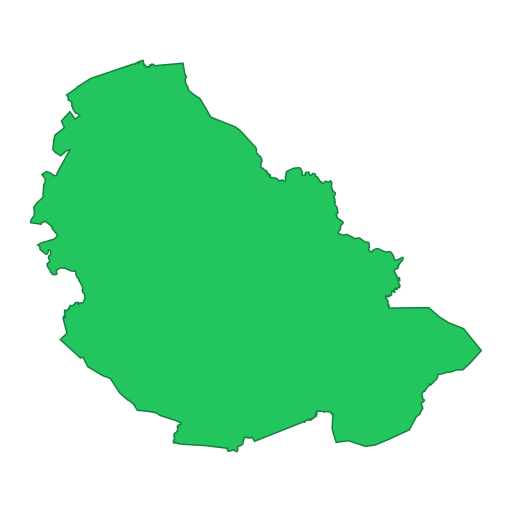 the district of Zosēnu pag., Jaunpiebalgas, Latvia
{"feature_id": "27541924B99380513765752", "entity_name": "Zosēnu pag.", "entity_type": "district", "adm_level": 2, "iso_a3": "LVA", "parent_name": "Latvia", "parent_adm1": "Jaunpiebalgas", "projection": "albers", "projection_center": [25.837, 57.169], "detail": "fine", "context": "isolated", "style": "filled", "palette": "green", "viewbox_px": 512, "rotation_deg": 0, "n_neighbors": 0, "source": "geoboundaries", "source_scale": "gbopen_adm2", "svg_char_len": 5936}
<svg xmlns="http://www.w3.org/2000/svg" viewBox="0 0 512 512"><path d="M137.4,410.3L147.0,411.2L156.1,412.8L160.2,415.5L175.7,420.5L180.9,423.0L180.8,424.2L179.3,424.6L178.2,425.4L178.5,426.3L177.4,426.5L177.2,427.0L177.8,427.5L177.9,428.7L177.4,429.5L177.5,430.7L175.8,432.6L174.3,433.5L174.4,434.6L173.8,436.0L174.3,436.3L174.5,438.8L173.8,440.0L173.3,442.2L174.9,442.2L174.4,443.0L177.3,442.9L177.4,443.5L184.0,444.3L205.3,445.6L227.4,448.3L227.0,449.1L228.3,451.3L234.3,449.8L235.7,451.4L236.8,451.6L237.5,450.8L237.7,449.8L237.8,448.8L237.3,447.3L238.7,446.0L241.3,445.4L242.9,443.7L243.9,438.7L245.0,437.3L247.0,437.3L247.9,438.0L250.6,438.0L251.7,437.1L254.0,440.1L254.3,441.3L258.1,439.9L303.6,421.8L304.6,422.2L305.7,420.4L306.8,420.5L308.1,419.6L308.6,419.8L308.9,419.3L309.4,419.4L309.3,420.1L310.9,420.1L311.2,419.7L310.9,419.5L311.0,418.9L312.7,418.8L313.9,417.3L314.4,417.6L315.7,415.2L316.3,415.7L316.2,414.8L316.7,414.5L316.5,414.3L316.7,413.7L316.1,413.6L316.0,413.0L316.8,412.4L316.7,411.4L317.7,410.9L318.5,411.4L322.5,411.2L324.1,412.1L326.6,411.4L328.6,412.0L330.1,411.8L331.0,412.6L331.4,414.0L332.9,414.0L332.1,428.1L333.1,432.6L336.2,442.4L348.3,440.7L365.3,446.3L374.9,445.1L389.3,439.1L409.4,429.8L416.3,416.8L420.2,413.8L420.1,412.9L422.9,408.2L421.4,404.5L421.4,403.0L423.2,402.0L424.2,400.9L424.4,400.2L422.5,398.2L422.6,397.0L422.1,395.9L422.0,393.4L424.1,390.9L424.7,391.3L427.9,386.4L429.4,385.3L429.3,384.0L430.8,384.9L437.0,378.5L438.3,374.4L442.5,373.8L446.2,372.5L451.6,371.8L456.1,370.0L462.9,369.8L470.1,363.1L481.3,350.6L463.6,328.7L448.3,322.6L439.4,316.9L428.7,307.6L388.9,308.1L388.9,307.1L389.2,306.4L388.3,306.8L387.8,306.2L387.9,304.6L388.6,304.4L387.7,302.8L388.1,301.6L387.4,301.0L387.6,300.6L387.1,300.2L387.1,299.4L385.7,298.5L386.0,298.0L385.6,297.4L385.8,295.8L387.8,296.9L388.4,296.6L388.5,295.5L389.7,296.2L391.6,294.8L391.7,292.1L392.1,291.2L393.0,291.0L393.9,292.1L394.6,292.3L394.8,291.7L394.1,290.1L395.1,289.2L395.4,288.3L395.9,288.4L396.3,289.4L396.8,289.6L397.6,288.0L398.7,287.7L398.9,287.0L399.5,287.3L399.6,286.4L400.0,286.0L400.0,285.4L399.2,284.4L398.5,280.9L398.0,280.1L399.8,280.3L399.4,277.8L397.5,278.0L397.1,276.4L395.9,275.2L395.9,274.1L394.2,271.4L395.5,268.8L397.5,268.9L397.9,267.2L398.5,266.8L397.9,265.7L399.1,264.8L399.4,263.9L402.6,260.1L403.1,257.8L402.9,257.3L396.8,260.2L395.3,260.3L394.0,258.4L393.2,255.3L391.1,252.3L389.1,251.5L387.5,252.2L384.3,251.6L378.2,248.7L377.0,248.6L373.7,249.7L372.9,250.4L372.5,251.7L370.7,251.8L368.7,250.0L368.8,248.2L369.5,247.3L369.1,243.3L368.7,242.5L364.6,241.9L360.4,238.5L358.8,237.9L354.7,238.7L353.1,237.5L346.8,234.4L342.5,235.2L338.3,233.2L338.2,232.1L340.3,229.4L340.7,226.0L341.2,224.9L342.6,223.9L343.2,222.5L342.0,221.1L337.3,218.0L336.7,215.5L336.2,214.8L336.1,214.1L337.6,213.3L338.1,212.3L337.3,210.6L337.4,209.4L337.1,207.6L334.7,204.0L334.8,202.9L335.3,202.3L335.2,201.7L334.7,201.0L334.8,199.3L333.6,196.5L335.2,194.6L335.4,193.2L334.7,192.3L333.6,191.9L333.4,191.2L333.1,191.5L332.5,190.5L331.5,186.5L331.8,182.6L330.5,180.8L328.3,182.2L326.0,181.3L325.0,181.4L323.2,183.4L322.4,183.6L321.5,182.8L321.5,181.9L320.5,181.7L317.0,176.7L315.4,176.4L315.5,174.8L315.1,174.0L314.1,173.5L312.8,173.5L311.0,175.3L310.2,175.4L309.2,174.2L309.2,172.7L308.8,172.2L306.6,172.2L305.4,172.9L305.0,173.9L305.3,175.2L304.7,175.6L302.2,175.3L302.2,174.7L302.4,174.4L302.2,171.7L300.5,168.4L299.6,167.7L293.6,168.2L286.6,171.5L286.0,173.4L286.1,174.6L285.4,176.4L285.6,180.0L285.0,181.2L284.4,181.3L282.2,179.8L280.1,180.8L278.8,180.6L276.8,178.4L269.9,177.3L269.7,176.8L270.2,176.5L270.4,174.9L268.3,174.6L268.5,173.7L267.4,173.5L267.7,172.8L267.1,171.9L266.5,171.6L266.7,171.1L263.2,168.8L263.1,168.3L262.0,168.1L260.6,166.4L262.0,160.2L260.7,156.8L259.3,155.9L256.5,152.8L256.4,149.2L255.9,147.7L240.1,130.5L235.2,126.9L210.9,117.2L200.1,98.7L194.5,95.1L188.6,90.4L187.8,86.7L187.0,86.1L185.1,81.3L185.5,78.3L186.6,76.7L185.4,75.2L184.7,73.1L183.0,63.2L154.8,65.7L154.1,65.4L153.8,64.5L151.7,64.1L151.5,64.5L151.9,65.1L151.5,65.4L150.1,65.0L149.9,65.1L150.1,65.6L149.2,66.1L149.3,66.8L149.0,67.0L147.5,66.6L146.4,67.2L146.0,67.1L145.9,66.2L145.0,65.6L144.9,64.8L143.8,64.3L143.8,63.3L143.4,62.4L143.4,60.7L142.5,60.4L141.0,61.2L139.9,61.2L139.9,62.0L139.2,62.2L138.8,63.0L138.5,62.0L138.0,61.9L137.3,62.7L135.6,63.3L135.0,64.2L133.4,64.0L90.6,78.5L77.1,87.1L76.0,88.5L66.6,95.0L67.5,96.1L68.6,99.0L68.1,99.9L70.6,101.1L71.8,102.8L72.1,104.6L71.6,105.0L72.2,106.9L73.1,107.5L72.8,108.8L75.7,113.3L77.6,113.4L79.8,115.6L75.2,119.1L69.9,111.7L61.4,120.9L64.4,127.7L54.8,135.3L54.5,138.0L53.9,139.7L52.8,149.4L55.4,152.5L60.7,155.8L66.3,150.9L69.9,149.8L57.4,172.5L56.6,175.6L53.8,175.5L50.6,173.0L46.6,171.5L42.0,174.4L45.3,179.1L44.9,183.5L43.8,184.2L43.0,195.1L43.2,197.1L36.7,203.2L33.7,207.3L34.4,212.3L34.2,215.5L31.1,219.8L30.7,222.7L41.1,224.2L41.2,223.0L45.5,221.3L52.4,227.0L51.9,228.2L57.7,235.4L54.5,238.9L40.4,243.3L37.7,245.1L39.5,246.1L40.0,247.8L39.9,249.1L40.3,249.7L46.0,254.3L46.5,254.4L48.0,253.0L48.5,249.9L48.9,249.8L50.6,251.2L50.8,252.6L50.5,253.9L50.2,254.9L48.8,256.0L48.4,257.9L49.8,260.6L49.2,261.9L47.0,264.0L47.5,266.5L50.1,270.5L50.7,272.2L53.0,274.6L55.4,274.7L56.9,274.1L56.2,271.2L56.9,270.1L60.7,267.8L65.1,268.3L71.3,271.0L75.3,271.2L76.0,272.2L75.8,274.5L76.2,274.8L77.3,277.6L78.4,278.5L78.9,280.3L82.6,286.9L82.6,288.9L82.2,289.9L82.6,292.2L84.7,294.0L84.5,295.5L85.0,298.0L83.0,302.8L79.2,303.0L78.5,304.1L78.1,302.4L75.2,302.7L74.6,303.9L72.8,305.5L71.7,306.0L70.5,305.4L69.7,306.0L69.4,307.4L69.4,308.6L68.7,308.4L68.3,309.7L66.5,310.2L66.3,310.7L64.7,310.2L65.1,311.6L64.4,312.2L65.5,314.0L65.0,314.2L63.9,316.1L65.4,316.8L64.8,317.5L64.1,317.3L63.9,317.8L63.4,317.4L63.0,318.1L67.0,333.1L60.3,339.6L80.6,358.1L82.8,357.0L88.0,366.9L102.9,375.7L110.3,378.4L119.8,393.1L128.2,400.3L129.0,400.3L133.4,404.0L137.4,410.3Z" fill="#22c55e" stroke="#15803d" stroke-width="1.5"/></svg>